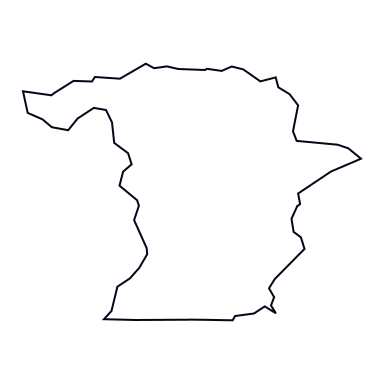 Richmond, North Carolina, United States of America (Natural Earth projection)
{"feature_id": "52423323B95417665649533", "entity_name": "Richmond", "entity_type": "district", "adm_level": 2, "iso_a3": "USA", "parent_name": "United States of America", "parent_adm1": "North Carolina", "projection": "natural_earth1", "projection_center": [-79.777, 34.994], "detail": "fine", "context": "isolated", "style": "outline", "palette": "ink", "viewbox_px": 384, "rotation_deg": 0, "n_neighbors": 0, "source": "geoboundaries", "source_scale": "gbopen_adm2", "svg_char_len": 1036}
<svg xmlns="http://www.w3.org/2000/svg" viewBox="0 0 384 384"><path d="M23.0,91.3L27.7,112.9L42.6,119.4L51.8,127.2L68.2,130.2L77.6,118.5L93.8,107.9L106.0,110.0L112.0,122.4L114.2,142.9L128.1,153.2L131.6,164.3L123.1,171.7L119.5,185.7L137.1,200.2L138.9,205.7L134.1,220.1L146.7,248.2L147.2,254.2L139.3,267.8L129.9,278.4L117.4,286.7L111.5,310.9L104.0,319.2L123.7,319.7L135.1,320.0L188.4,319.7L188.8,319.6L204.1,319.8L204.6,319.8L232.6,320.3L235.1,316.0L254.0,313.5L264.7,306.4L275.9,313.3L271.0,305.5L274.1,297.1L269.0,288.3L274.8,279.0L304.5,248.9L300.9,237.3L293.6,231.9L291.5,218.7L297.4,205.8L298.6,205.4L299.1,205.0L299.4,204.5L300.1,204.0L298.1,193.5L331.0,171.5L361.0,158.7L348.3,148.3L337.6,144.7L296.7,140.9L293.0,131.3L298.1,105.3L289.5,94.1L278.3,87.3L275.7,77.4L260.4,81.4L243.2,69.4L231.8,66.5L221.7,70.9L206.8,68.8L205.7,69.6L205.0,70.0L178.3,69.0L166.9,66.4L154.1,68.2L145.8,63.7L119.9,78.7L94.9,77.0L92.0,81.5L73.5,80.9L54.0,93.2L53.9,93.3L53.5,93.6L51.5,95.3L23.0,91.3Z" fill="none" stroke="#020617" stroke-width="2"/></svg>